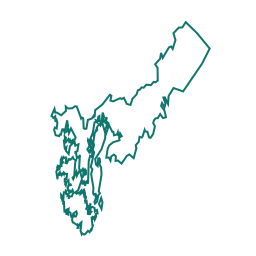 outline of Hábmer smj 2, Nordland, Norway, rotated 273°
{"feature_id": "86288312B17604167467724", "entity_name": "Hábmer smj 2", "entity_type": "district", "adm_level": 2, "iso_a3": "NOR", "parent_name": "Norway", "parent_adm1": "Nordland", "projection": "robinson", "projection_center": [15.771, 67.88], "detail": "fine", "context": "isolated", "style": "outline", "palette": "teal", "viewbox_px": 256, "rotation_deg": 273, "n_neighbors": 0, "source": "geoboundaries", "source_scale": "gbopen_adm2", "svg_char_len": 5526}
<svg xmlns="http://www.w3.org/2000/svg" viewBox="0 0 256 256"><g transform="rotate(273 128 128)"><path d="M119.4,151.0L123.2,153.4L131.2,154.8L134.3,152.9L137.0,153.5L139.1,155.1L139.4,157.2L143.6,159.4L139.7,162.5L140.8,165.4L147.5,163.4L151.8,159.9L154.7,160.7L150.8,163.4L154.3,164.2L160.3,161.7L160.5,163.2L154.2,166.7L162.1,166.9L170.3,171.4L167.4,181.1L196.2,198.6L211.6,205.4L226.4,191.9L236.7,180.1L231.3,177.0L230.9,173.4L225.0,168.4L218.3,170.8L209.3,168.5L211.7,166.9L210.7,164.7L199.8,159.0L204.7,157.1L198.8,156.4L193.1,151.8L189.5,154.4L176.8,155.2L175.1,153.2L175.4,151.2L172.0,148.6L172.2,144.1L169.1,141.6L169.3,139.5L166.8,137.7L166.2,135.9L161.8,134.7L157.4,130.9L151.2,129.3L152.0,125.5L157.9,122.3L156.6,120.2L157.4,118.7L153.8,111.7L154.5,109.0L159.4,109.7L160.2,108.2L150.0,101.1L144.1,94.3L137.8,94.1L137.3,93.4L138.8,93.3L135.5,91.3L134.0,87.5L125.2,86.5L124.8,84.9L125.5,83.8L135.4,82.7L136.0,81.3L135.0,80.7L146.8,75.7L146.9,73.9L144.8,71.2L144.3,67.2L146.2,64.7L141.8,65.1L137.2,60.6L139.7,56.2L139.6,54.5L143.3,53.6L135.2,50.6L136.0,51.2L134.1,53.0L135.8,54.7L131.4,55.0L131.0,55.7L132.2,56.3L129.4,57.2L123.8,56.8L124.6,54.9L122.5,54.3L117.0,56.1L116.3,59.7L117.9,60.3L117.8,61.3L123.2,62.4L123.3,63.6L120.2,64.9L132.5,66.8L126.9,68.0L121.4,67.2L122.1,68.3L124.7,68.4L119.7,69.3L124.6,71.1L115.8,76.2L111.2,74.5L109.3,74.5L111.3,75.4L107.6,76.3L109.1,79.4L102.2,78.7L101.4,76.8L99.5,76.7L100.7,77.4L95.4,78.5L96.6,78.9L95.9,80.0L98.5,81.4L85.1,81.3L82.0,83.1L85.0,85.1L82.4,86.6L84.3,87.3L83.2,88.3L79.5,88.4L79.1,87.3L81.5,85.7L77.7,85.8L75.6,84.5L83.5,82.0L77.7,79.5L81.5,78.8L74.0,76.0L75.5,75.2L77.1,76.8L93.3,77.2L94.4,75.0L96.0,74.4L93.4,72.3L93.9,71.0L92.4,70.7L94.4,70.7L89.6,68.8L89.9,67.6L88.8,67.4L94.5,68.0L95.5,67.5L94.5,65.6L95.4,65.2L92.9,63.8L94.7,63.3L93.0,62.5L89.2,62.6L89.0,63.7L91.1,64.5L90.3,65.0L88.3,63.3L85.4,63.7L89.1,62.9L82.4,61.4L86.5,60.8L86.7,59.8L84.7,59.7L85.7,59.1L81.3,60.0L82.6,59.3L80.5,58.7L73.1,60.3L77.3,60.2L77.8,61.0L76.4,61.3L79.2,61.4L80.0,62.0L76.6,62.2L79.2,62.9L77.7,63.8L79.7,63.6L77.5,64.4L79.6,65.6L78.4,66.4L79.9,66.6L78.8,67.6L79.0,69.5L72.8,69.2L74.5,68.6L74.0,67.5L71.1,67.6L70.9,68.8L68.7,68.1L67.4,68.9L71.7,69.3L71.0,69.5L72.8,71.3L67.5,72.0L68.7,73.6L68.0,74.0L67.3,71.4L62.6,70.9L62.8,72.1L61.2,72.5L61.9,73.4L60.7,73.6L61.6,74.6L60.3,74.2L63.3,75.8L60.8,76.9L56.8,75.4L56.3,72.7L54.0,72.6L57.3,72.5L57.0,71.2L59.0,71.6L59.0,70.0L57.8,69.8L61.4,69.5L61.0,70.1L62.0,69.1L60.3,68.8L60.4,67.3L55.4,67.2L57.9,64.7L53.7,65.2L54.4,65.3L52.8,66.2L54.2,66.1L55.5,66.6L53.1,66.4L53.8,67.1L48.9,67.2L48.1,67.5L50.7,67.4L50.8,67.9L41.1,68.9L41.0,70.2L42.3,69.9L41.7,70.4L42.6,70.3L43.0,70.8L41.8,70.9L42.9,71.8L39.1,70.8L38.4,72.8L43.4,71.8L44.2,72.9L41.8,72.8L40.2,75.0L36.4,76.0L36.8,77.4L39.7,77.8L42.0,80.8L39.8,81.5L36.9,80.6L36.9,79.1L38.1,78.7L37.7,77.6L33.4,76.9L30.1,78.1L30.9,78.2L27.7,83.3L25.6,82.9L25.7,83.8L28.7,83.3L28.1,84.1L28.8,84.6L27.2,84.7L28.9,85.1L27.8,85.8L30.4,85.3L31.4,86.4L22.9,86.0L19.6,87.3L20.5,87.7L19.3,89.7L19.8,90.8L23.2,93.4L21.9,95.1L24.6,96.2L24.1,96.8L29.9,98.4L29.0,97.6L37.4,96.2L36.5,96.9L37.4,97.3L37.2,98.6L36.5,98.6L37.4,99.2L35.0,99.7L37.8,100.8L40.8,100.2L41.1,102.1L44.5,101.2L43.1,99.3L46.3,98.8L47.4,96.6L46.8,95.1L42.2,94.7L42.2,95.6L40.9,94.7L42.0,94.4L40.6,94.5L41.1,93.4L40.0,93.2L40.1,92.4L44.1,92.3L45.1,90.5L47.3,91.4L52.7,90.5L51.9,89.5L53.4,89.6L52.3,89.2L53.1,88.8L56.5,89.8L58.4,88.8L55.5,88.4L60.2,87.3L59.3,88.4L60.8,88.5L64.1,87.2L63.0,86.0L61.8,86.7L59.5,84.0L62.6,84.2L60.2,82.1L60.7,81.7L59.8,80.3L60.1,80.2L60.2,78.9L60.7,78.4L63.3,81.5L73.9,84.5L72.4,85.7L69.2,85.4L72.0,86.9L67.8,88.4L71.2,87.8L72.1,88.8L71.3,89.3L72.4,89.9L70.3,91.0L92.9,90.5L98.2,91.6L97.3,93.1L100.0,93.6L110.4,93.3L107.1,93.8L109.0,94.4L113.2,92.4L108.8,91.0L105.6,92.0L100.5,91.1L103.2,90.4L102.6,89.9L104.5,88.5L108.0,90.4L113.4,88.6L114.0,88.7L111.8,89.8L119.3,92.4L117.8,92.7L131.7,94.3L132.6,95.1L131.9,96.8L134.0,95.7L133.5,97.4L137.8,97.8L138.5,98.8L133.2,99.3L133.1,101.3L142.1,101.9L137.4,103.7L136.7,103.1L138.0,102.5L133.1,102.7L132.9,103.6L137.7,106.3L130.8,105.3L133.1,106.6L131.9,108.1L129.1,106.5L126.9,107.5L127.8,106.3L125.6,105.1L121.4,106.5L129.9,108.9L123.4,112.5L123.4,113.6L120.0,114.4L120.9,117.3L123.3,118.1L120.2,118.7L120.1,119.7L122.4,120.3L119.8,122.0L119.7,119.9L118.7,120.8L118.2,119.6L115.3,120.2L113.0,114.0L109.7,110.2L106.3,108.8L97.2,107.9L97.5,110.4L94.5,112.2L98.6,112.7L100.7,115.2L99.1,117.4L94.5,117.3L95.0,119.6L92.1,123.4L100.1,128.3L101.7,130.8L98.2,135.2L108.0,137.4L111.3,136.6L114.7,139.4L119.8,140.0L119.2,142.2L120.0,142.9L127.0,144.7L125.5,145.3L125.3,147.6L119.7,149.5L119.4,151.0ZM101.8,95.4L87.1,92.9L84.9,94.6L80.1,93.6L66.4,96.6L61.2,96.6L59.8,97.2L60.4,98.5L59.0,98.9L59.8,99.4L57.7,100.2L52.5,98.3L50.7,99.0L53.0,101.0L59.3,101.8L61.4,103.4L63.2,102.1L80.2,104.0L87.0,103.2L91.2,101.0L92.0,102.0L95.6,101.4L96.3,100.9L95.9,99.8L88.4,99.7L89.8,98.0L95.2,96.8L105.4,102.6L116.4,105.7L121.4,105.6L131.7,102.1L130.3,101.2L131.1,100.4L129.2,100.1L130.2,99.0L128.9,98.0L126.6,96.8L124.1,97.3L123.2,96.4L123.7,96.0L120.9,95.0L111.6,94.1L109.1,95.0L104.7,94.0L101.8,95.4ZM112.2,64.6L104.8,65.8L104.3,66.0L105.7,67.5L102.0,67.1L98.9,70.1L106.9,71.0L109.3,73.2L112.8,73.2L111.8,72.3L112.9,72.1L110.7,71.8L114.4,70.2L109.9,70.5L113.9,69.1L110.6,66.7L112.0,65.9L115.0,66.6L116.1,65.3L112.4,65.7L112.2,64.6ZM50.7,103.0L45.8,105.7L52.3,106.4L56.7,104.9L50.7,103.0ZM48.0,93.0L40.9,93.2L50.7,94.7L48.0,93.0Z" fill="none" stroke="#0f766e" stroke-width="2"/></g></svg>